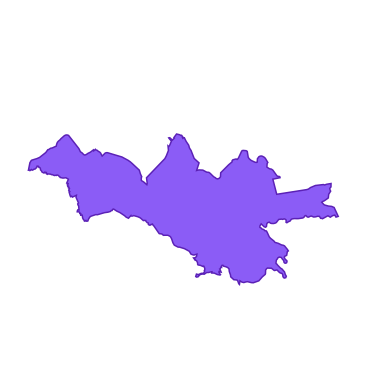 outline of Jalcomulco, Veracruz, Mexico, rotated 141°
{"feature_id": "50627088B48906851597033", "entity_name": "Jalcomulco", "entity_type": "district", "adm_level": 2, "iso_a3": "MEX", "parent_name": "Mexico", "parent_adm1": "Veracruz", "projection": "mercator", "projection_center": [-96.756, 19.335], "detail": "fine", "context": "isolated", "style": "filled", "palette": "violet", "viewbox_px": 384, "rotation_deg": 141, "n_neighbors": 0, "source": "geoboundaries", "source_scale": "gbopen_adm2", "svg_char_len": 6023}
<svg xmlns="http://www.w3.org/2000/svg" viewBox="0 0 384 384"><g transform="rotate(141 192 192)"><path d="M231.8,123.3L232.1,122.4L233.8,121.7L235.0,122.1L236.1,123.0L239.0,123.8L240.2,125.4L242.3,124.0L242.1,123.1L240.8,122.3L238.0,122.7L236.7,122.3L235.4,121.6L234.2,120.4L231.3,120.2L229.8,119.0L227.1,117.8L226.7,117.5L227.7,116.7L225.7,114.9L224.3,112.0L222.7,110.1L222.6,110.3L221.9,110.0L221.7,112.4L221.1,113.1L219.8,111.4L219.4,112.7L219.8,112.9L219.2,113.4L219.3,113.8L218.9,114.2L218.9,114.7L218.3,114.6L216.8,115.4L216.4,114.8L215.5,116.0L214.7,116.1L214.0,115.4L214.2,114.6L212.6,112.4L211.8,110.8L211.6,109.0L213.1,106.7L214.3,103.3L215.3,101.7L214.7,97.5L212.5,95.4L212.4,94.1L213.4,91.3L213.3,90.3L210.6,92.8L209.9,90.5L208.7,89.0L206.7,88.2L205.3,87.4L202.9,84.2L201.5,82.9L196.0,80.9L190.7,81.8L187.0,81.9L186.3,82.3L183.8,85.1L182.2,85.5L181.2,85.4L178.2,82.7L177.5,79.4L177.1,78.9L175.7,78.4L175.0,77.7L174.7,74.6L174.4,73.6L173.3,72.0L173.5,70.7L174.5,69.1L174.7,68.1L174.5,67.1L173.1,66.4L171.7,67.2L171.4,69.2L170.4,71.6L170.5,75.6L171.1,77.1L171.5,81.4L171.4,82.6L171.7,83.4L171.5,83.9L169.4,85.9L168.6,86.2L168.0,86.2L166.6,86.8L165.1,86.5L163.8,84.9L164.0,82.9L163.9,81.1L164.8,79.2L164.5,78.1L163.8,77.6L162.9,77.5L161.9,78.2L161.5,79.0L161.9,81.0L161.5,83.0L160.6,83.7L158.3,83.2L155.4,85.7L154.2,85.6L154.0,87.4L154.0,91.9L154.6,93.2L155.7,94.5L157.3,97.9L159.2,100.6L159.2,102.5L160.1,106.6L160.2,108.5L158.9,113.5L158.7,114.9L159.8,116.2L159.8,117.6L160.8,119.0L160.9,120.5L161.4,121.4L161.4,122.1L160.2,123.1L158.3,123.7L157.8,119.6L157.1,118.4L155.9,118.3L153.9,120.2L152.6,120.6L150.9,119.9L150.7,118.5L150.1,117.6L148.5,116.2L147.1,115.5L145.7,115.2L141.9,116.1L139.6,114.7L138.8,113.7L137.3,113.1L136.7,112.2L136.5,110.9L138.0,109.2L137.6,108.4L135.6,108.2L134.1,107.7L132.0,108.3L130.8,107.9L129.3,107.0L126.3,104.5L122.3,102.1L121.1,101.9L119.0,102.4L118.3,102.0L118.1,100.0L117.2,99.1L115.3,98.7L114.3,98.1L113.2,96.0L111.4,94.8L109.8,94.2L108.3,92.9L108.6,90.6L107.9,90.0L107.4,89.1L101.3,88.0L100.4,85.4L97.5,85.1L95.6,84.2L95.9,81.9L93.7,81.0L91.3,90.5L92.5,92.9L94.8,95.2L97.1,98.4L97.4,99.2L97.6,102.4L96.0,102.3L94.7,101.9L89.8,101.6L87.2,104.2L83.7,105.4L83.4,106.8L82.7,108.1L80.8,108.5L78.6,111.1L82.5,113.3L84.5,114.0L85.2,115.1L92.0,119.4L97.2,120.9L99.7,121.0L101.6,121.8L127.6,136.9L121.1,151.1L114.6,147.7L114.2,148.2L114.3,149.0L115.6,150.4L115.8,151.5L115.4,158.1L115.9,159.8L117.0,161.1L117.5,162.2L118.1,164.3L115.6,166.9L114.5,167.2L113.8,172.1L114.0,173.6L114.8,175.5L115.5,176.4L116.5,177.0L117.8,177.3L120.2,176.7L122.5,174.2L123.1,174.3L124.2,175.3L126.1,179.2L126.6,181.6L126.5,183.5L123.5,188.8L123.9,190.0L125.9,192.0L126.9,192.6L127.9,192.4L134.5,189.2L136.2,188.8L136.7,189.2L136.9,189.9L140.0,191.3L141.1,191.1L141.9,190.2L146.4,190.1L157.6,188.9L160.3,185.9L162.0,185.5L163.8,186.0L164.8,187.4L164.8,188.3L165.4,189.7L165.7,191.3L166.1,195.0L166.5,196.6L168.1,198.2L169.8,202.2L172.7,204.8L174.9,205.8L168.2,210.2L169.2,216.7L166.6,224.9L166.3,227.7L165.1,230.5L164.7,235.0L163.8,239.0L164.4,239.5L165.3,239.4L165.2,240.1L164.8,239.9L164.5,240.4L164.4,242.6L165.0,242.7L165.5,244.2L167.5,246.8L171.8,245.7L171.8,245.0L174.6,244.7L175.1,248.2L176.0,248.7L176.1,248.0L176.0,244.5L179.4,242.6L181.6,241.9L181.7,242.8L184.2,239.1L189.1,236.3L192.1,235.0L218.4,231.7L221.3,227.0L222.5,226.1L223.2,230.1L224.0,232.4L224.0,233.1L222.2,235.2L221.5,235.4L220.7,238.5L219.2,242.2L220.6,252.1L221.0,254.4L221.7,256.8L224.4,263.3L232.9,275.7L233.7,276.4L234.9,276.9L239.2,276.5L238.7,279.1L238.5,279.4L238.6,281.0L239.2,282.6L239.5,284.2L240.2,285.1L240.2,285.6L240.2,286.0L242.4,285.8L242.1,286.8L246.0,286.9L248.4,287.5L250.8,287.7L251.9,288.1L252.3,288.5L252.6,289.3L252.8,291.6L253.4,293.5L252.6,296.9L252.3,313.7L253.2,315.0L254.2,315.7L255.7,316.1L260.4,315.9L261.9,315.6L263.8,315.6L265.4,315.3L267.0,314.4L268.6,313.1L272.9,314.2L274.4,315.0L276.7,315.2L277.4,315.6L280.8,314.7L288.7,314.8L291.6,315.6L296.5,317.6L297.2,317.6L299.5,316.8L305.4,311.9L304.3,311.1L304.4,310.6L302.7,310.5L302.7,310.0L302.1,309.3L300.3,309.1L299.6,308.6L297.1,308.8L296.2,309.6L295.3,308.9L295.2,308.2L295.5,307.4L295.0,306.8L294.9,306.0L295.8,304.5L295.7,303.5L296.0,301.7L295.1,299.9L294.1,300.0L294.3,299.7L292.9,298.8L293.6,298.1L293.2,297.6L293.5,297.3L293.3,296.8L292.8,296.9L290.7,294.9L290.3,293.9L289.7,293.5L288.6,291.4L287.9,291.2L287.0,290.2L286.2,290.2L285.4,288.9L285.4,287.4L285.1,287.1L285.3,286.2L283.5,284.0L281.0,282.4L280.0,279.7L283.7,277.8L282.9,276.5L283.2,276.2L284.0,276.5L284.9,274.9L284.5,274.7L285.1,273.6L284.9,273.5L285.1,273.3L284.8,273.2L285.0,271.9L285.8,271.8L286.1,271.0L286.7,270.9L286.8,269.2L287.5,269.4L288.9,266.1L289.3,264.8L288.1,264.5L288.2,263.3L283.9,262.2L285.5,260.8L287.1,254.9L288.3,254.7L288.8,253.7L288.7,253.1L289.1,252.2L291.1,249.2L291.8,250.0L293.2,249.4L293.7,248.8L292.3,247.6L292.1,246.8L292.8,245.9L292.1,245.2L293.1,244.0L291.9,243.1L293.3,240.7L293.7,239.1L293.6,238.1L293.9,237.1L292.4,236.7L292.7,236.0L291.3,235.0L289.3,236.1L287.3,236.8L285.9,236.8L281.0,235.0L279.9,233.9L273.0,231.0L270.0,229.2L267.6,228.2L266.4,228.4L265.7,227.9L264.7,228.4L264.0,228.3L263.6,228.0L262.5,224.5L261.0,221.5L259.3,216.0L259.0,213.9L257.9,211.6L254.4,212.1L254.6,211.7L253.3,210.7L252.1,210.3L249.5,206.6L248.5,204.5L247.8,200.4L247.0,200.1L246.3,199.2L245.9,199.0L246.2,198.2L246.1,196.4L245.5,195.4L246.3,194.3L246.1,193.3L245.5,192.6L244.0,192.5L243.8,192.1L242.9,191.9L243.1,191.0L243.0,189.4L243.7,180.4L243.4,179.9L242.1,178.7L241.6,177.6L241.7,177.3L241.4,176.3L238.0,173.6L237.1,171.7L236.9,170.7L237.3,168.5L238.8,164.5L239.2,161.8L237.5,157.9L236.4,157.0L233.5,152.7L231.4,147.6L231.9,144.4L231.0,142.8L230.2,141.8L227.3,140.6L229.0,139.1L230.9,138.9L232.3,139.8L232.4,137.8L232.1,138.0L232.0,137.3L232.4,136.9L231.7,135.8L232.2,133.5L233.1,132.3L233.2,131.5L231.6,129.7L230.6,127.7L230.0,127.4L230.1,127.0L229.5,126.7L230.1,124.7L231.1,123.4L231.8,123.3Z" fill="#8b5cf6" stroke="#5b21b6" stroke-width="1.5"/></g></svg>